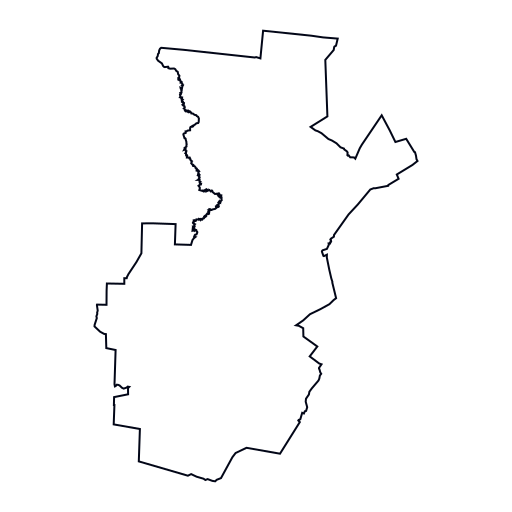 outline of Dragodana, Dâmbovita, Romania
{"feature_id": "2599482B2320004497345", "entity_name": "Dragodana", "entity_type": "district", "adm_level": 2, "iso_a3": "ROU", "parent_name": "Romania", "parent_adm1": "Dâmbovita", "projection": "mercator", "projection_center": [25.385, 44.759], "detail": "fine", "context": "isolated", "style": "outline", "palette": "ink", "viewbox_px": 512, "rotation_deg": 0, "n_neighbors": 0, "source": "geoboundaries", "source_scale": "gbopen_adm2", "svg_char_len": 6042}
<svg xmlns="http://www.w3.org/2000/svg" viewBox="0 0 512 512"><path d="M246.5,447.8L280.0,453.7L299.8,422.1L298.3,420.5L298.7,419.9L300.3,419.3L302.2,412.8L303.9,413.5L304.8,411.3L306.1,410.9L307.2,407.2L305.7,401.7L306.0,398.7L308.9,394.5L309.4,391.7L311.8,388.4L318.5,380.5L319.3,378.6L319.9,375.5L321.2,373.8L320.3,372.4L319.4,369.1L319.0,368.7L319.0,367.9L321.5,364.3L319.2,363.5L309.7,356.4L317.3,346.5L303.4,336.5L303.2,328.2L298.8,325.8L296.1,325.3L303.2,320.4L310.0,314.2L320.3,309.2L329.4,304.2L333.7,300.0L336.1,298.2L332.3,282.6L332.4,281.9L331.3,278.4L329.3,269.8L326.8,257.4L326.9,254.7L323.9,256.1L323.4,255.9L321.9,251.6L322.0,251.1L322.6,250.3L326.9,248.9L328.8,244.8L328.6,243.5L330.0,243.6L330.2,243.1L329.9,242.7L330.8,242.0L330.6,241.4L331.1,241.2L330.9,240.0L330.4,239.4L331.0,238.6L333.9,236.7L334.0,235.0L348.6,214.4L357.8,204.5L370.3,189.5L373.7,188.2L375.1,188.3L388.2,185.8L388.3,185.0L398.6,178.8L396.8,174.5L412.4,165.0L417.5,161.0L416.5,159.2L416.0,155.7L415.0,152.2L414.3,152.0L406.2,138.8L395.4,142.0L389.8,130.5L381.7,115.3L361.9,144.6L359.8,148.2L355.3,158.7L354.0,157.4L350.2,157.3L348.7,155.4L348.0,155.7L347.4,155.2L347.6,152.4L346.7,151.2L344.2,149.4L344.0,148.6L340.5,147.3L336.5,143.3L331.9,140.5L328.4,139.0L321.5,133.2L317.8,131.2L315.4,130.4L310.6,126.9L327.4,116.4L325.3,59.9L333.7,50.0L334.2,47.0L334.6,46.4L335.8,45.9L336.1,45.3L337.7,38.6L323.1,37.4L311.3,35.7L263.1,30.7L260.4,58.4L256.2,57.1L254.7,57.5L183.5,49.8L161.2,47.8L160.0,48.7L159.2,50.4L158.8,53.2L158.0,54.0L157.7,56.1L156.6,57.9L156.7,58.7L158.1,60.7L161.9,63.4L163.2,66.1L164.1,66.9L164.8,67.1L168.1,66.7L168.4,67.2L168.4,68.2L170.2,68.7L174.0,68.5L175.3,69.2L176.2,70.8L177.7,71.8L178.2,74.3L179.4,75.7L179.2,76.9L178.5,77.7L179.3,78.3L179.4,78.7L178.3,78.8L178.3,79.4L179.9,79.3L180.1,79.7L180.1,80.0L179.4,80.3L181.4,81.7L180.7,82.7L182.0,83.1L182.6,84.3L182.0,85.2L182.9,85.4L182.3,86.5L182.0,88.3L180.5,87.7L180.7,88.6L181.2,89.0L181.2,90.0L181.7,90.2L181.7,90.6L181.4,91.5L181.5,92.4L180.4,92.9L180.9,93.6L180.4,94.0L180.6,94.4L180.0,94.7L180.4,96.4L180.0,97.2L180.9,97.3L180.7,97.7L181.0,98.0L182.1,97.7L182.0,99.2L182.5,99.5L181.7,100.0L182.6,101.2L181.9,101.5L181.9,101.9L184.0,103.0L183.9,103.7L183.3,104.1L183.5,104.4L182.6,104.9L183.4,105.7L184.4,106.1L184.8,107.2L183.9,108.4L184.5,108.6L184.7,109.7L185.7,110.1L185.7,110.5L185.1,110.7L185.4,111.2L186.0,111.5L187.0,110.8L187.5,111.3L187.9,111.0L188.1,112.1L188.4,112.3L189.1,112.2L188.8,111.0L190.0,111.4L190.5,112.2L191.2,112.5L191.3,113.4L193.2,113.7L194.4,114.8L196.3,115.2L196.7,116.0L198.1,116.8L198.9,118.5L198.7,122.0L198.2,123.0L196.4,123.3L194.7,124.8L192.6,125.8L193.0,126.4L192.6,126.7L190.6,126.9L190.1,128.0L190.1,130.3L187.5,130.6L186.4,131.5L185.6,131.4L185.6,133.0L183.9,133.5L183.4,134.1L183.4,134.7L184.5,138.2L185.3,138.3L185.7,138.9L185.7,139.6L186.4,141.9L186.4,143.3L186.7,144.2L186.4,145.0L186.5,146.5L184.5,148.0L184.7,148.7L184.2,149.7L185.6,149.1L185.6,150.6L186.4,151.1L186.0,151.8L186.1,152.3L185.4,153.2L186.0,153.5L186.1,155.2L186.8,155.0L187.2,155.5L186.9,157.5L189.7,157.5L189.9,158.0L189.6,158.6L190.4,159.1L190.5,160.0L191.8,161.1L191.4,161.4L191.7,162.2L191.2,163.2L192.1,164.3L193.2,164.8L192.9,165.6L193.1,166.0L194.5,166.1L195.6,167.4L195.6,168.0L196.8,168.6L197.0,169.1L196.5,169.9L196.6,170.6L197.9,170.3L198.1,171.2L198.7,170.8L199.1,171.3L198.2,171.8L198.8,173.6L198.2,173.7L198.0,174.7L198.2,175.0L198.0,175.3L198.4,175.4L199.0,175.2L199.0,174.8L199.5,175.0L198.9,176.1L199.3,176.4L199.0,177.0L199.6,177.7L198.7,178.9L198.8,179.4L198.0,179.9L199.6,179.9L199.5,181.5L200.1,181.7L199.6,182.2L199.7,182.8L200.0,183.4L201.1,183.6L200.9,184.5L199.8,184.7L198.5,185.8L199.3,186.7L199.9,188.0L199.3,190.0L202.3,190.9L202.7,190.5L203.3,190.6L203.5,191.1L203.9,190.7L204.6,191.2L205.1,189.9L206.1,189.4L206.3,190.4L207.2,190.0L206.9,191.1L209.4,190.0L210.8,191.4L211.8,190.5L212.2,190.7L212.6,192.0L215.0,194.0L216.7,193.7L217.6,194.7L218.1,193.5L218.9,193.3L220.3,195.4L220.0,195.8L219.0,195.6L218.8,196.1L220.5,196.4L220.7,195.5L221.3,195.4L221.3,197.4L220.6,197.7L221.6,198.1L221.4,198.8L221.7,200.2L220.8,201.0L220.5,202.1L219.7,201.9L219.9,202.8L219.3,202.6L219.1,201.6L218.3,202.7L218.9,203.5L218.7,204.4L217.2,205.1L217.5,205.7L218.8,206.3L218.5,206.9L217.9,207.0L217.5,206.0L215.9,206.3L215.9,206.7L216.6,207.3L216.5,207.8L215.1,208.9L212.2,209.5L211.7,210.0L210.7,210.0L210.5,209.6L209.8,210.1L209.7,209.2L209.3,209.1L209.1,209.9L208.5,210.1L209.4,211.1L209.2,212.4L208.5,211.7L208.2,211.9L208.9,213.8L208.2,214.1L207.2,213.6L206.2,214.8L206.3,215.3L205.0,216.1L205.8,216.5L205.5,216.8L204.6,217.2L204.3,216.4L204.1,216.6L204.3,217.7L203.9,218.3L203.0,218.3L202.4,219.4L201.5,219.0L200.6,220.1L200.3,219.7L200.3,219.2L200.7,219.3L200.5,218.9L199.6,219.0L199.0,219.6L198.6,219.0L198.1,219.5L196.4,219.4L196.2,220.2L194.9,220.4L195.2,221.0L194.5,221.1L194.1,220.2L193.7,220.3L193.9,221.4L193.7,222.4L193.1,222.3L192.9,222.8L193.3,223.4L194.9,224.2L194.3,224.8L194.6,226.1L193.2,226.4L194.3,227.9L193.7,228.2L192.8,228.0L192.5,230.7L193.4,230.4L194.1,230.8L194.5,229.6L195.4,229.9L195.7,230.4L196.3,230.2L196.7,231.5L197.2,231.8L197.3,232.6L196.5,234.4L195.1,234.7L194.6,235.4L194.7,235.7L194.2,236.6L195.4,237.0L193.9,238.2L192.5,240.0L191.0,244.9L174.9,244.4L175.6,224.1L152.3,223.3L142.1,223.4L141.4,253.3L136.4,262.1L128.5,274.0L127.0,276.9L126.7,278.2L124.3,278.2L124.3,283.8L106.9,283.5L106.6,290.6L106.5,304.8L97.0,304.6L96.9,305.0L97.7,310.6L97.1,312.8L97.3,313.9L96.4,316.3L96.8,318.1L94.6,324.9L94.5,326.4L100.1,331.7L104.1,333.9L105.9,334.1L106.3,348.1L115.6,350.0L114.5,384.2L114.9,386.4L115.6,386.1L116.8,384.7L118.3,384.9L119.6,385.5L122.0,387.8L123.7,388.6L126.6,387.6L127.7,386.6L129.2,386.9L128.0,388.1L128.1,394.3L114.1,397.1L113.9,405.0L114.4,405.0L114.4,405.5L113.7,424.4L139.9,429.0L138.8,461.4L187.9,475.7L191.1,474.1L196.6,476.7L203.5,478.7L205.4,480.0L207.6,479.1L212.4,480.9L215.2,481.3L216.7,479.8L221.0,478.1L232.4,457.2L235.6,453.0L246.5,447.8Z" fill="none" stroke="#020617" stroke-width="2"/></svg>